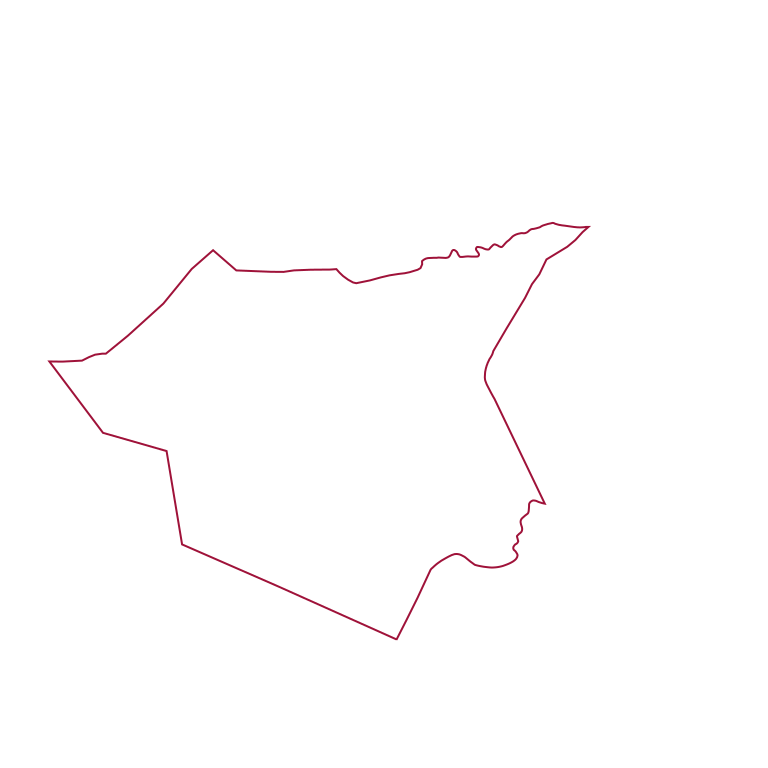 outline of San Francisco de Coray, Valle, Honduras, rotated 323°
{"feature_id": "27666195B95409407730953", "entity_name": "San Francisco de Coray", "entity_type": "district", "adm_level": 2, "iso_a3": "HND", "parent_name": "Honduras", "parent_adm1": "Valle", "projection": "natural_earth1", "projection_center": [-87.504, 13.668], "detail": "fine", "context": "isolated", "style": "outline", "palette": "rose", "viewbox_px": 768, "rotation_deg": 323, "n_neighbors": 0, "source": "geoboundaries", "source_scale": "gbopen_adm2", "svg_char_len": 6070}
<svg xmlns="http://www.w3.org/2000/svg" viewBox="0 0 768 768"><g transform="rotate(323 384 384)"><path d="M130.3,164.6L130.2,253.9L170.0,306.7L126.2,390.6L177.8,482.2L240.2,595.4L239.9,595.8L260.4,585.8L282.2,574.9L309.4,560.4L310.5,560.1L311.0,560.0L311.8,560.0L314.6,559.7L317.5,559.5L318.6,559.5L319.9,559.5L322.1,559.6L323.1,559.6L324.1,559.7L328.2,560.2L331.0,560.6L332.2,560.8L333.7,561.1L335.2,561.4L336.4,561.8L337.6,562.2L338.3,562.5L338.8,562.9L339.2,563.1L339.9,563.6L340.4,564.1L341.1,564.8L341.8,565.6L342.2,566.3L342.7,567.1L343.4,568.6L344.1,570.0L344.3,570.6L344.5,571.1L344.9,572.7L345.9,576.9L346.3,578.4L346.9,580.3L347.5,582.4L347.8,583.1L347.9,583.4L348.2,583.7L349.2,585.0L349.7,585.6L350.9,587.0L352.2,588.4L353.4,589.7L354.0,590.3L356.2,592.4L357.8,593.9L358.6,594.6L359.8,595.6L361.1,596.5L362.5,597.4L363.8,598.2L365.1,598.9L366.5,599.6L368.3,600.4L369.6,600.9L371.5,601.5L373.9,602.2L375.5,602.6L376.9,602.9L378.7,603.2L380.5,603.4L381.7,603.4L382.5,603.4L383.4,603.3L384.0,603.2L384.5,603.1L385.1,602.8L385.7,602.6L386.1,602.4L386.5,602.1L387.1,601.6L387.4,601.4L387.5,601.2L387.7,600.9L387.8,600.7L388.0,600.3L388.0,600.1L388.1,599.7L388.2,598.7L388.3,597.8L388.3,597.1L388.3,596.5L388.2,596.1L388.2,595.8L388.0,595.2L388.0,594.9L387.9,594.7L387.9,594.3L388.0,594.0L388.1,593.6L388.2,593.4L388.3,593.1L388.6,592.7L389.0,592.3L389.3,592.0L390.0,591.7L390.3,591.6L390.8,591.4L391.2,591.3L391.7,591.2L392.3,591.1L392.7,591.2L393.6,591.3L394.3,591.3L394.8,591.2L395.2,591.1L395.8,590.8L396.2,590.6L396.4,590.5L396.5,590.4L396.7,590.1L396.9,589.6L397.5,588.1L398.0,586.8L398.5,585.7L398.9,585.4L399.5,585.3L400.3,585.2L401.1,585.1L401.6,585.0L403.1,585.0L403.6,584.9L404.2,584.9L404.9,584.7L405.3,584.5L405.6,584.3L406.1,584.0L406.5,583.6L406.9,583.2L407.2,582.8L407.6,582.1L407.8,581.7L408.1,581.1L408.2,580.7L408.7,579.3L408.9,578.6L409.2,578.0L409.6,577.2L409.9,576.6L410.2,576.2L410.6,575.8L411.1,575.3L411.4,575.1L411.8,574.9L412.3,574.7L412.6,574.5L413.0,574.4L413.7,574.3L414.9,574.2L417.6,574.0L418.7,574.0L419.9,574.0L420.6,574.0L421.0,573.9L421.4,573.8L421.6,573.7L421.9,573.5L422.3,573.2L422.6,573.0L422.9,572.7L423.6,572.0L425.0,570.4L425.8,569.5L426.6,568.5L427.3,567.6L427.6,567.3L427.8,567.1L428.2,566.9L428.5,566.7L429.1,566.5L429.9,566.3L430.3,566.3L430.7,566.3L431.2,566.3L431.9,566.4L432.4,566.5L432.7,566.6L433.1,566.8L433.5,567.1L433.8,567.4L434.3,567.9L434.7,568.3L435.0,568.7L435.3,569.1L436.5,571.3L438.0,573.4L438.4,574.0L438.9,574.6L439.4,575.2L440.4,576.3L463.3,462.3L463.6,459.7L464.2,455.5L465.4,448.4L465.7,446.7L465.9,445.7L466.2,444.7L466.4,444.0L466.8,442.6L467.0,442.1L467.2,441.6L467.7,440.7L468.5,439.4L469.5,438.2L470.6,436.9L471.3,436.1L472.3,435.0L473.0,434.4L474.0,433.5L475.2,432.5L475.8,432.1L476.8,431.3L478.1,430.5L479.6,429.5L480.6,429.0L482.3,428.1L483.0,427.7L483.8,427.4L485.5,426.8L486.3,426.4L487.1,426.1L488.3,425.5L488.9,425.1L489.8,424.5L491.1,423.5L515.3,413.4L548.5,400.1L562.3,393.3L574.0,389.9L588.7,382.3L612.9,384.7L623.5,384.2L634.0,382.2L641.8,381.6L640.6,380.7L640.1,380.3L639.7,380.0L638.7,379.5L637.9,379.0L636.2,377.9L635.2,377.2L634.4,376.6L632.7,375.2L630.4,373.1L628.7,371.4L627.3,370.0L625.4,368.1L623.8,366.5L621.5,364.3L620.4,363.1L619.7,362.4L618.9,361.4L617.4,359.4L617.1,359.0L616.6,358.0L616.4,357.6L616.1,357.3L615.8,357.0L615.4,356.7L613.5,355.9L612.7,355.5L610.9,354.7L610.0,354.4L608.4,353.8L606.4,353.1L605.5,352.9L605.0,352.8L604.3,352.7L603.7,352.7L603.4,352.7L603.0,352.6L602.5,352.5L599.3,351.3L597.3,350.4L596.7,350.1L595.8,349.5L595.6,349.4L595.1,349.2L594.7,349.0L593.9,348.9L592.6,348.8L591.9,348.9L590.7,349.0L590.1,349.0L589.7,349.0L588.8,348.8L588.0,348.6L587.4,348.4L586.8,348.0L586.3,347.7L585.4,346.9L584.8,346.4L584.2,346.0L582.9,345.4L581.6,344.8L580.7,344.5L579.6,344.1L578.9,344.0L578.1,343.8L577.3,343.7L576.6,343.6L576.0,343.6L575.1,343.6L574.1,343.8L572.5,344.0L571.4,344.2L570.1,344.3L568.2,344.3L567.0,344.4L564.8,344.8L562.5,345.3L561.8,345.4L560.9,345.5L560.6,345.4L560.3,345.3L560.1,345.2L559.9,345.1L559.7,344.9L559.4,344.3L559.1,343.9L558.8,343.4L558.6,343.0L558.2,341.8L557.7,340.9L557.3,340.3L557.0,339.8L556.6,339.3L556.4,339.1L556.1,338.9L555.6,338.8L555.2,338.7L554.6,338.7L553.7,338.8L551.5,339.1L550.8,339.2L549.7,339.5L549.3,339.6L549.0,339.6L548.8,339.6L548.6,339.5L548.3,339.4L547.7,339.0L547.4,338.7L547.1,338.4L546.7,338.0L546.1,337.3L545.8,336.8L545.3,336.0L545.0,335.4L544.5,334.5L544.3,334.2L543.8,333.5L543.2,332.8L542.4,332.0L541.7,331.3L541.3,331.0L541.1,330.8L540.8,330.7L540.6,330.6L540.4,330.6L540.0,330.7L539.5,330.9L539.2,331.1L538.9,331.4L538.7,331.5L538.6,331.8L538.4,332.1L538.3,332.5L538.2,335.9L538.2,336.2L538.1,336.7L538.0,337.3L537.9,337.5L537.7,337.9L537.4,338.2L537.1,338.3L536.7,338.5L536.1,338.6L535.8,338.6L535.5,338.5L535.2,338.3L534.2,337.7L532.4,336.3L530.8,335.1L529.6,334.1L528.2,332.9L527.7,332.5L526.0,331.4L522.9,329.6L522.0,328.9L521.6,328.6L521.4,328.4L521.2,328.1L521.1,327.8L521.1,327.5L521.1,326.8L521.1,326.0L521.3,324.5L521.4,324.0L521.6,323.5L521.6,323.0L521.7,322.5L521.6,321.7L521.5,321.2L521.4,320.8L521.2,320.2L521.0,319.7L520.8,319.4L520.5,319.1L520.3,318.9L520.0,318.7L519.6,318.6L519.3,318.6L518.8,318.6L518.5,318.7L518.3,318.8L516.6,319.7L514.5,320.8L513.6,321.2L512.8,321.4L512.4,321.5L512.0,321.5L511.5,321.5L510.9,321.3L510.4,321.1L510.0,320.9L509.6,320.7L509.1,320.4L508.5,319.9L504.2,316.3L503.7,315.9L503.5,315.7L502.5,315.2L502.0,314.9L501.3,314.4L500.3,313.6L499.6,313.1L495.5,310.3L494.9,309.9L494.4,309.7L494.0,309.5L493.5,309.3L493.0,309.1L492.5,309.0L491.5,308.8L490.7,308.7L489.9,308.7L489.1,308.7L488.3,308.8L486.5,311.4L482.9,313.4L479.6,313.0L475.8,311.6L471.9,310.2L467.2,308.0L462.1,305.0L453.9,300.6L445.5,296.9L435.1,292.8L422.5,286.8L420.4,284.3L418.1,279.1L416.3,273.2L415.5,268.4L415.1,263.6L410.0,260.3L394.2,248.6L380.5,239.1L371.2,234.0L361.3,226.4L334.4,204.4L328.0,174.3L299.7,176.4L256.2,187.0L208.5,191.3L180.2,192.4L177.4,190.3L170.9,186.7L164.6,185.0L156.9,183.6L140.5,172.5L130.3,164.6Z" fill="none" stroke="#9f1239" stroke-width="2"/></g></svg>